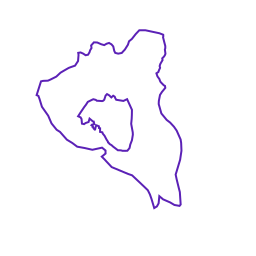 Oyun, Kwara, Nigeria (Equal Earth projection), rotated 156°
{"feature_id": "59680162B5525087107293", "entity_name": "Oyun", "entity_type": "district", "adm_level": 2, "iso_a3": "NGA", "parent_name": "Nigeria", "parent_adm1": "Kwara", "projection": "equal_earth", "projection_center": [4.677, 8.186], "detail": "fine", "context": "isolated", "style": "outline", "palette": "violet", "viewbox_px": 256, "rotation_deg": 156, "n_neighbors": 0, "source": "geoboundaries", "source_scale": "gbopen_adm2", "svg_char_len": 2599}
<svg xmlns="http://www.w3.org/2000/svg" viewBox="0 0 256 256"><g transform="rotate(156 128 128)"><path d="M188.5,206.0L198.1,195.2L196.8,193.8L197.0,190.7L198.0,182.4L195.9,171.7L196.0,163.3L193.9,155.4L191.7,152.1L188.6,142.2L185.0,137.0L182.0,131.6L175.7,127.3L169.4,122.6L159.7,120.6L157.7,116.6L158.9,113.8L163.6,112.5L162.1,108.6L161.4,106.4L158.8,98.9L146.6,86.0L143.5,83.1L137.3,68.3L135.2,63.1L135.0,58.4L135.4,53.5L136.6,44.2L133.5,44.6L130.7,46.7L127.1,53.0L125.0,48.6L119.8,42.9L116.9,38.8L112.6,35.9L111.0,36.7L106.7,48.4L106.1,52.0L104.4,61.4L103.4,66.1L101.3,68.5L93.3,77.8L88.4,85.5L85.5,92.8L84.6,96.1L84.6,99.7L84.6,105.8L85.5,110.5L87.3,115.8L89.4,119.7L89.9,121.6L91.6,127.7L90.2,137.4L88.8,140.2L85.3,145.2L82.4,147.1L77.6,149.5L77.1,151.4L78.0,152.6L79.5,156.7L79.6,158.1L79.4,159.9L80.1,163.1L79.8,166.4L77.5,166.8L76.2,168.2L74.2,169.9L73.9,171.7L72.4,173.4L68.8,176.0L68.4,177.7L66.1,178.6L64.7,179.5L63.6,180.6L63.0,182.6L62.4,184.7L61.5,185.7L60.6,187.7L60.0,191.3L59.1,196.6L58.4,197.5L57.9,198.9L60.8,201.8L72.2,210.1L77.9,212.7L82.7,210.7L88.2,207.8L90.3,207.2L91.8,206.8L94.2,204.1L99.0,200.9L101.4,199.9L103.2,199.1L106.7,199.9L109.1,201.8L109.2,204.0L108.3,208.5L108.6,209.6L109.1,211.2L110.6,213.2L110.7,213.4L113.3,213.7L116.0,213.4L118.4,215.4L121.3,218.6L124.3,220.1L128.1,218.4L128.8,215.9L131.0,214.4L132.5,212.7L133.0,212.4L134.7,211.2L137.1,211.7L138.7,214.2L140.6,216.3L142.9,216.9L143.5,214.8L146.4,209.5L151.0,206.5L155.7,206.9L157.7,207.0L157.8,207.0L162.7,206.5L167.1,206.0L172.6,204.1L176.7,203.9L178.8,203.8L181.9,203.8L186.4,205.6L188.5,206.0ZM117.0,143.0L119.1,138.5L120.9,134.9L123.4,130.5L125.1,123.5L125.4,122.2L126.3,119.9L128.4,116.7L129.4,115.2L132.7,111.9L134.7,109.1L137.8,107.5L139.9,108.3L142.3,109.4L143.6,110.5L146.3,111.8L148.2,115.3L149.2,117.1L150.0,119.0L151.3,120.8L151.7,122.3L152.1,122.9L151.9,123.7L152.1,124.9L152.3,126.1L152.6,130.5L153.3,133.0L153.2,134.5L155.1,135.8L153.6,139.1L154.5,139.8L153.9,141.4L154.4,141.9L154.9,142.5L155.9,143.4L157.3,141.9L158.7,140.0L158.9,140.0L159.1,140.1L159.6,141.7L159.5,143.4L159.9,143.6L159.5,144.4L160.2,145.4L159.4,145.7L157.2,145.2L156.7,147.8L157.3,148.1L159.3,152.2L161.6,149.5L164.7,149.8L166.6,149.4L168.3,150.7L166.8,155.1L167.0,157.0L168.8,159.0L165.0,161.5L159.4,165.0L157.0,166.3L154.1,168.2L149.2,168.4L148.0,168.4L146.0,166.8L145.4,165.6L142.5,164.1L140.7,163.1L139.5,163.0L138.2,163.5L135.3,166.7L133.4,167.5L131.9,165.5L130.8,162.7L128.4,163.5L127.4,162.0L127.5,160.6L127.3,158.6L121.2,154.6L117.1,154.7L117.0,143.0Z" fill="none" stroke="#5b21b6" stroke-width="2"/></g></svg>